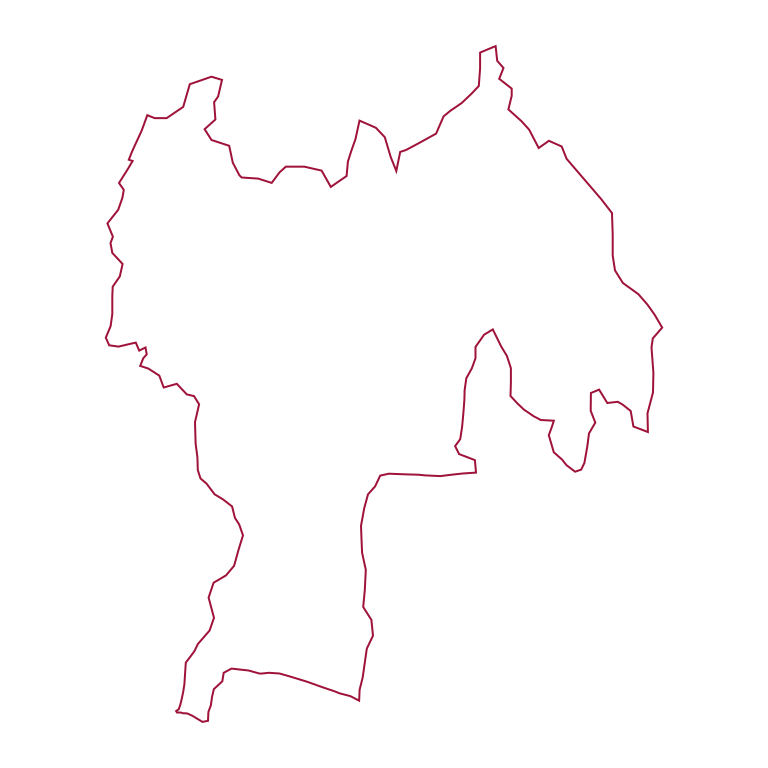 the district of Sotira Lemesou, Cyprus
{"feature_id": "46923920B57193585231981", "entity_name": "Sotira Lemesou", "entity_type": "district", "adm_level": 2, "iso_a3": "CYP", "parent_name": "Cyprus", "parent_adm1": "", "projection": "equal_earth", "projection_center": [32.841, 34.698], "detail": "fine", "context": "isolated", "style": "outline", "palette": "rose", "viewbox_px": 768, "rotation_deg": 0, "n_neighbors": 0, "source": "geoboundaries", "source_scale": "gbopen_adm2", "svg_char_len": 2991}
<svg xmlns="http://www.w3.org/2000/svg" viewBox="0 0 768 768"><path d="M176.1,711.1L177.0,712.5L179.9,712.5L180.8,712.5L182.7,713.2L187.1,713.4L192.2,715.7L202.5,721.9L208.0,720.8L208.4,712.0L210.9,705.1L212.0,697.2L213.8,689.2L222.3,681.3L223.7,672.8L231.5,668.6L248.6,670.5L259.3,673.5L262.1,673.5L269.0,672.8L279.5,673.5L289.0,676.2L307.3,681.8L322.1,687.1L335.1,691.5L339.5,693.3L350.3,696.1L359.1,700.7L359.3,697.0L359.6,689.8L362.7,677.4L366.8,648.6L373.0,635.7L371.4,619.9L363.2,607.0L364.8,590.1L365.8,569.8L362.1,552.8L361.6,541.5L361.0,525.9L364.2,508.3L368.0,494.3L375.1,486.4L380.2,475.6L388.8,473.7L406.9,474.4L418.3,474.7L425.4,475.4L440.4,476.1L451.7,474.7L462.7,473.5L476.0,472.6L474.9,460.1L459.1,454.1L455.1,446.1L460.2,439.2L462.1,426.9L463.5,411.7L464.4,399.3L464.6,390.5L466.3,378.3L471.9,368.2L475.5,358.2L475.5,346.9L484.1,334.7L492.8,329.4L501.2,346.5L506.9,355.9L510.9,368.2L510.9,382.2L510.5,396.0L517.4,403.4L523.9,409.6L533.8,416.3L540.8,420.0L553.8,420.7L552.1,426.2L548.8,435.2L553.8,452.3L562.0,459.5L566.5,465.2L575.1,471.7L581.2,469.6L584.4,462.9L587.3,446.5L589.0,433.4L595.3,422.6L590.7,410.8L590.9,393.0L599.1,389.6L602.2,394.7L607.3,403.0L617.8,401.8L622.3,404.4L622.9,404.8L630.7,411.0L633.4,426.5L646.8,431.6L647.9,432.0L647.5,413.3L653.0,392.4L653.4,372.8L651.5,347.4L652.8,338.4L662.2,327.6L654.6,314.7L649.6,307.6L647.2,304.3L638.4,294.2L625.8,285.1L622.9,283.0L615.0,270.4L612.7,255.6L612.7,234.4L612.0,213.1L601.2,199.1L585.4,180.7L566.6,158.8L561.7,146.5L548.9,140.8L538.7,148.0L529.1,129.6L521.6,121.3L508.4,109.4L509.7,104.0L511.7,95.8L511.7,88.6L499.2,78.8L503.5,68.0L497.2,60.8L495.6,46.1L483.8,51.0L480.1,52.6L480.1,68.4L478.8,86.0L471.6,93.6L461.7,103.0L450.2,110.9L443.6,116.3L436.1,133.6L419.3,142.9L405.8,150.1L400.2,151.9L396.3,171.0L390.7,157.0L384.8,137.2L375.9,127.8L359.5,120.6L355.5,139.0L351.2,151.2L347.9,161.6L346.6,176.0L330.8,186.9L321.6,170.6L304.5,166.7L285.8,166.7L279.5,172.4L271.7,182.9L258.2,178.6L241.7,177.5L239.4,175.3L232.8,162.7L229.2,145.8L211.5,140.0L204.6,129.2L215.4,119.5L214.1,102.2L218.1,96.5L222.0,79.9L219.0,79.0L211.5,76.7L189.8,84.2L183.2,106.9L166.7,118.1L154.6,118.1L147.3,115.2L141.8,130.3L132.2,151.2L128.8,159.7L132.6,161.0L128.3,168.3L119.0,183.0L123.8,189.9L122.4,197.8L118.2,209.8L107.4,223.4L112.9,236.7L110.5,243.1L112.3,252.9L122.6,264.0L119.8,276.4L112.7,286.7L112.3,296.0L112.3,314.2L110.6,326.2L105.8,337.7L109.2,345.3L118.5,346.6L130.9,343.7L135.8,342.6L139.2,350.6L145.5,347.5L146.7,354.4L143.3,358.2L140.2,365.9L148.2,368.5L159.3,375.6L163.7,387.5L176.8,383.8L186.8,394.4L194.0,396.1L199.1,404.3L195.0,422.1L195.6,443.4L197.4,457.2L197.8,470.1L200.5,478.5L206.5,483.6L214.6,494.3L223.0,499.4L232.1,506.5L234.9,517.8L239.2,524.5L243.0,535.4L238.8,548.9L234.1,565.8L226.0,575.4L213.6,582.7L208.6,597.6L214.0,617.8L209.6,630.5L197.8,644.1L194.3,651.4L185.8,662.6L184.4,684.1L183.2,691.9L181.6,699.5L180.3,704.8L178.7,709.3L176.1,711.1Z" fill="none" stroke="#9f1239" stroke-width="2"/></svg>